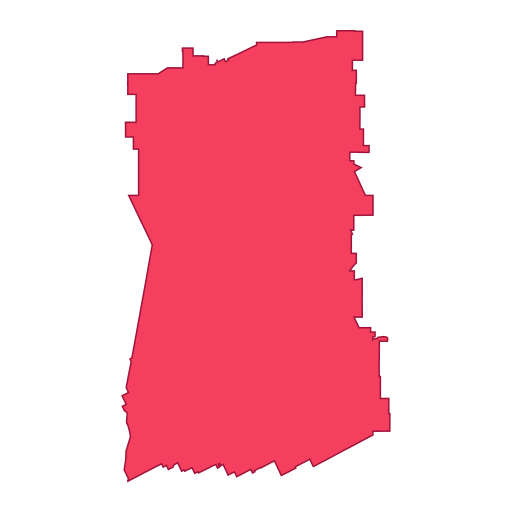 outline of Goomalling, Western Australia, Australia
{"feature_id": "25037944B4799895230449", "entity_name": "Goomalling", "entity_type": "district", "adm_level": 2, "iso_a3": "AUS", "parent_name": "Australia", "parent_adm1": "Western Australia", "projection": "natural_earth1", "projection_center": [116.79, -31.235], "detail": "fine", "context": "isolated", "style": "filled", "palette": "rose", "viewbox_px": 512, "rotation_deg": 0, "n_neighbors": 0, "source": "geoboundaries", "source_scale": "gbopen_adm2", "svg_char_len": 3958}
<svg xmlns="http://www.w3.org/2000/svg" viewBox="0 0 512 512"><path d="M389.9,413.6L388.8,413.6L388.8,398.4L380.4,398.5L380.4,390.0L380.4,376.5L379.2,376.5L379.1,367.1L379.3,349.5L379.3,348.6L379.4,348.3L379.3,341.7L379.3,341.2L387.5,341.2L387.6,338.2L387.1,337.5L386.7,337.1L384.7,336.8L383.4,336.6L377.9,337.4L376.4,338.9L375.5,338.9L373.6,339.0L372.7,339.8L372.7,336.9L372.8,336.8L375.0,336.8L375.1,332.1L370.6,332.1L370.6,327.7L365.9,327.7L359.1,327.7L354.0,317.1L362.2,317.1L362.2,301.5L362.1,301.4L362.2,291.3L362.2,281.9L362.2,278.3L356.4,279.7L354.3,279.8L354.3,275.8L354.3,275.7L354.3,270.9L350.2,270.9L349.7,270.8L350.0,270.5L350.2,270.2L350.5,269.9L350.7,269.5L351.2,268.8L352.6,266.9L354.4,264.9L356.1,263.1L356.3,262.9L356.3,253.4L351.3,253.3L351.3,243.2L351.3,242.1L351.3,235.0L352.5,234.3L350.6,230.1L353.8,230.1L353.8,220.0L353.8,215.3L362.8,215.3L362.9,215.2L373.0,215.2L373.0,195.4L365.4,195.4L355.2,173.2L354.4,171.5L361.2,167.6L353.9,164.1L353.9,160.8L349.9,160.8L349.8,157.1L349.8,152.2L353.8,152.2L358.6,152.2L358.6,152.3L369.0,152.4L369.1,152.1L369.1,146.4L369.1,145.6L363.4,145.6L363.5,129.1L360.7,129.1L359.9,129.1L359.9,120.3L360.0,120.3L359.9,107.0L364.5,107.0L364.6,106.9L364.5,95.3L362.4,95.3L359.5,95.3L355.5,95.3L355.4,90.6L355.5,90.5L355.6,83.4L356.3,83.4L356.3,70.3L352.4,70.3L352.4,69.2L352.4,66.4L352.4,62.2L352.4,60.2L356.3,60.2L362.6,60.2L362.6,31.3L354.7,31.3L354.7,30.7L350.2,30.7L336.7,30.8L336.7,36.8L334.8,36.8L327.0,36.8L302.9,42.0L296.1,42.0L292.9,42.0L292.9,42.3L286.8,42.4L276.5,42.4L268.6,42.4L268.2,42.4L262.3,42.4L256.6,42.4L256.6,45.0L250.5,47.9L242.1,52.0L240.5,52.8L240.2,52.9L240.2,53.0L236.6,54.7L236.3,54.8L227.8,58.8L228.4,60.1L227.6,60.6L226.8,61.0L226.1,61.4L225.6,61.6L225.4,61.6L224.3,59.0L224.2,58.8L221.9,59.9L221.8,60.1L221.0,60.5L217.9,61.9L217.2,60.4L216.9,60.4L217.7,62.0L215.3,63.1L215.3,64.8L208.4,64.8L208.3,56.3L203.7,56.3L203.7,55.9L193.1,55.9L193.0,48.1L182.4,48.1L182.4,50.9L182.9,50.9L183.0,62.7L182.9,67.9L173.5,67.9L167.5,67.8L158.2,73.8L150.3,73.8L138.3,73.8L138.0,73.8L127.8,73.8L127.8,80.0L127.7,83.7L127.7,84.9L127.9,84.9L127.8,88.5L127.8,94.4L134.9,94.4L136.2,94.4L136.1,101.5L136.1,122.3L126.1,122.3L125.5,122.3L125.6,137.0L133.4,137.0L133.4,146.0L133.4,148.7L133.4,149.1L138.6,149.1L138.6,166.6L138.6,168.2L138.6,179.1L138.6,195.4L128.7,195.4L128.8,195.6L130.6,199.4L134.5,207.6L141.4,222.1L141.5,222.2L147.5,234.7L152.3,244.9L148.2,267.6L145.3,284.4L144.6,288.0L135.5,338.3L132.2,356.2L131.9,357.8L130.0,359.0L131.2,361.7L128.6,374.7L126.2,387.6L128.5,392.5L122.1,395.7L126.2,404.4L122.3,406.3L122.4,406.5L124.2,410.3L124.7,411.0L126.2,411.9L126.8,412.4L127.3,413.6L126.5,421.4L126.8,423.6L127.8,424.9L129.4,430.8L130.0,433.1L130.4,436.9L127.4,446.7L126.7,449.1L126.2,450.3L126.1,451.2L125.8,458.7L125.8,459.2L125.7,459.7L125.7,459.9L124.2,469.9L125.5,472.5L127.7,477.2L127.8,477.2L128.5,478.8L128.6,479.0L128.1,479.8L127.8,480.2L127.9,481.3L131.6,479.2L131.6,479.3L138.0,476.0L141.0,474.4L141.3,474.3L143.9,472.8L144.4,472.5L145.6,472.0L149.1,470.2L155.3,467.0L161.6,463.8L163.2,467.1L166.4,465.4L168.4,469.5L173.2,467.0L173.8,464.8L177.7,462.8L181.6,471.3L184.1,469.8L184.7,471.2L192.1,467.7L194.7,473.4L196.3,472.6L197.9,471.8L198.0,471.8L198.5,472.9L202.4,471.0L203.0,470.7L209.1,467.7L210.3,467.1L211.0,466.7L215.8,464.4L217.5,468.1L219.7,466.9L218.4,464.1L219.7,463.4L220.8,465.7L223.1,464.5L226.7,471.8L226.8,472.2L227.0,472.6L228.1,475.1L230.6,473.8L234.4,471.9L234.9,472.8L236.8,476.7L244.8,472.5L250.8,469.4L252.5,473.0L254.9,471.7L254.4,470.7L257.1,469.3L260.7,467.4L260.9,467.9L270.9,462.6L274.3,460.9L274.5,460.9L279.9,472.5L281.3,475.5L287.1,472.6L295.8,468.1L295.2,467.0L295.3,466.8L298.7,465.0L309.9,459.2L313.1,466.2L313.3,466.2L313.4,466.3L313.5,466.4L313.8,466.4L323.2,461.3L323.3,461.4L344.4,450.0L348.2,448.1L354.6,444.7L357.8,443.0L363.4,440.0L372.9,435.0L372.9,431.2L389.8,431.1L389.9,413.6Z" fill="#f43f5e" stroke="#9f1239" stroke-width="1.5"/></svg>